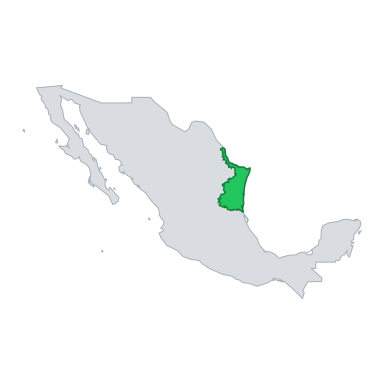 location of Tamaulipas within Mexico
{"feature_id": "MEX-2716", "entity_name": "Tamaulipas", "entity_type": "State", "adm_level": 1, "iso_a3": "MEX", "parent_name": "Mexico", "parent_adm1": "", "projection": "mercator", "projection_center": [-98.976, 24.945], "detail": "fine", "context": "in_parent", "style": "filled", "palette": "green", "viewbox_px": 384, "rotation_deg": 0, "n_neighbors": 0, "source": "natural_earth", "source_scale": "10m", "svg_char_len": 8865}
<svg xmlns="http://www.w3.org/2000/svg" viewBox="0 0 384 384"><path d="M36.6,87.8L62.3,85.5L61.1,88.1L101.6,103.0L131.8,102.9L131.9,97.3L150.6,97.4L153.9,101.4L167.0,112.2L170.2,121.2L172.6,124.7L184.8,131.7L188.7,129.1L191.6,122.5L195.3,121.0L204.2,122.2L211.5,129.5L216.4,139.9L224.9,149.3L225.4,155.2L229.1,162.5L247.6,169.4L250.1,168.3L244.5,186.8L242.6,208.7L243.5,213.4L248.3,219.6L247.2,223.0L247.5,219.6L243.6,214.3L244.8,219.2L249.6,229.3L257.4,239.0L259.2,244.9L264.7,251.0L263.2,250.9L266.3,252.3L265.3,251.4L271.0,252.2L275.1,254.3L278.8,258.2L288.4,255.3L295.6,254.8L300.3,252.5L305.3,252.0L306.3,252.9L305.9,254.1L310.0,255.0L312.8,253.1L312.0,250.0L310.7,250.7L311.0,250.1L318.5,244.8L319.0,240.6L321.1,238.1L321.2,231.2L322.6,226.0L328.3,223.0L338.4,221.4L342.8,219.6L347.7,219.2L355.8,221.0L356.4,219.8L354.3,219.8L357.1,219.0L360.3,221.3L360.9,224.4L359.2,228.5L353.9,234.9L353.7,239.1L351.1,241.6L351.5,242.6L353.9,242.2L351.4,244.8L351.4,245.9L353.1,245.6L349.8,256.1L349.0,257.0L347.3,254.7L347.0,250.7L344.6,254.8L342.2,255.1L339.1,260.5L335.6,260.4L335.3,262.2L315.8,262.2L315.8,268.5L311.3,268.4L321.9,278.1L321.6,281.6L307.8,281.7L302.8,290.5L304.2,292.7L302.5,298.5L292.6,288.6L284.6,281.8L279.7,279.3L279.1,279.9L283.6,282.2L276.6,280.2L277.1,278.6L275.2,279.2L274.0,277.8L272.8,279.3L275.1,280.1L271.5,280.5L268.0,282.7L256.8,286.3L249.6,283.4L243.6,282.8L239.5,280.1L235.4,279.0L232.8,276.5L222.9,274.4L210.5,269.1L202.5,264.0L199.1,260.5L190.7,259.4L182.8,256.4L177.8,250.8L166.8,245.3L161.0,237.8L159.0,233.1L163.4,230.9L162.7,228.9L160.7,228.3L163.6,224.7L163.9,220.5L161.6,219.0L159.2,214.8L159.3,210.8L157.7,207.4L151.2,200.8L145.5,192.8L136.6,185.9L139.2,187.2L139.3,185.7L134.6,184.2L131.1,178.7L133.6,178.9L126.7,175.1L125.7,173.3L123.1,174.0L122.7,173.2L124.7,171.0L121.3,172.7L119.3,171.1L118.9,167.4L121.3,164.2L122.2,164.8L120.5,161.5L118.3,159.4L115.4,159.5L113.4,154.9L109.8,154.0L107.7,152.0L106.2,148.0L107.1,145.5L100.8,144.3L89.7,131.5L89.0,128.4L87.4,127.4L80.1,111.4L79.5,106.4L80.2,104.8L74.1,102.7L72.6,100.1L70.6,99.2L68.4,100.7L60.1,95.8L61.6,98.9L60.6,105.1L62.5,110.0L64.2,119.2L72.7,127.2L75.4,132.6L76.6,132.4L77.3,134.0L78.5,134.2L79.7,137.7L82.1,138.7L83.6,146.0L87.9,149.6L89.4,153.7L91.4,154.9L92.9,159.7L94.6,160.9L93.6,157.3L96.0,159.4L99.0,170.3L101.7,173.4L105.4,181.2L104.9,184.5L105.7,187.4L108.8,190.2L110.0,187.4L118.9,197.5L118.1,201.2L114.7,204.0L112.7,204.3L108.9,196.0L94.8,184.9L93.5,185.0L90.6,181.6L90.0,179.2L90.8,173.9L89.5,168.9L87.4,165.3L80.5,160.9L79.1,156.5L77.8,158.4L74.3,159.2L71.7,156.3L65.3,153.3L64.3,150.7L59.4,147.0L59.0,145.8L63.9,146.5L66.8,145.4L66.8,146.6L69.3,147.8L68.3,144.8L67.2,144.6L69.5,138.7L60.0,127.4L52.2,122.4L50.7,119.9L50.6,115.7L48.7,114.3L48.0,109.5L45.5,107.4L45.1,104.5L41.6,100.0L41.0,97.8L42.0,96.4L39.6,94.5L36.6,87.8ZM89.2,131.6L88.4,134.5L85.9,133.6L86.9,129.2L88.4,128.8L89.2,131.6ZM79.1,131.1L75.4,127.9L74.4,124.7L76.3,125.8L76.7,127.6L78.6,128.0L79.1,131.1ZM359.1,234.0L358.2,233.1L358.7,231.9L361.0,230.9L359.1,234.0ZM90.8,185.0L88.2,182.1L89.7,176.3L89.3,181.5L90.8,185.0ZM57.5,143.0L55.6,142.6L56.9,139.4L57.8,141.8L57.5,143.0ZM24.7,132.4L23.0,130.3L23.4,129.4L24.0,129.5L24.7,132.4ZM92.9,185.1L94.5,187.4L91.3,185.2L92.9,185.1ZM150.1,219.1L149.8,220.0L149.0,219.7L148.7,218.1L150.1,219.1ZM106.4,179.2L107.0,180.9L105.3,178.7L106.4,179.2ZM100.1,167.4L101.1,168.1L99.7,169.8L100.1,167.4ZM103.0,251.7L102.4,252.0L101.4,251.3L102.2,250.4L103.0,251.7ZM308.7,252.1L307.0,252.5L310.0,251.5L308.7,252.1ZM115.0,189.3L114.1,189.1L113.9,187.4L115.0,189.3Z" fill="#d9dde1" stroke="#a8b0b8" stroke-width="1"/><path d="M222.7,147.8L222.8,148.0L223.2,148.0L223.4,148.3L223.5,148.3L223.7,148.2L223.8,148.1L224.0,148.2L224.1,148.4L224.1,148.5L224.5,148.6L224.8,148.8L224.8,149.0L224.8,149.9L225.0,150.0L225.2,150.3L225.2,150.8L225.1,151.2L225.0,151.4L224.9,151.8L224.8,152.0L224.7,152.2L225.1,152.3L225.1,152.5L225.3,152.6L225.4,152.8L225.5,153.0L225.6,153.4L225.6,153.6L225.4,154.2L225.4,154.4L225.5,154.6L225.5,154.8L225.3,155.2L225.6,155.6L226.0,155.7L226.1,155.8L226.1,156.0L226.1,156.4L226.7,156.8L227.6,158.0L227.9,159.1L228.3,160.3L228.4,161.1L228.5,161.4L228.8,161.5L229.0,161.6L229.3,162.1L229.1,162.7L229.1,162.8L229.3,163.0L229.5,163.0L230.0,163.0L230.4,163.1L230.7,163.1L230.8,163.3L231.0,163.2L231.4,163.5L231.6,163.4L231.7,163.5L231.9,163.5L232.0,163.4L232.1,163.5L232.3,163.4L232.6,163.6L233.0,163.9L233.1,164.0L233.3,164.2L233.4,164.3L233.6,164.4L233.4,164.5L233.6,164.6L233.8,164.9L234.0,164.9L234.1,165.0L234.7,164.7L235.0,164.9L235.4,165.0L235.7,165.1L235.9,165.4L236.1,165.1L236.4,165.2L236.7,165.4L237.0,165.5L236.9,165.8L237.0,165.9L237.3,165.9L237.7,166.5L238.6,166.9L239.0,167.1L239.3,167.1L239.8,166.9L240.0,167.0L240.1,167.3L240.5,167.3L240.8,167.1L241.6,167.2L242.2,167.1L243.1,167.1L243.3,167.1L243.3,167.3L244.4,167.4L244.6,167.5L244.8,167.6L245.0,167.7L245.3,168.2L245.6,168.4L246.1,168.9L246.4,169.1L246.8,169.1L247.0,169.4L247.1,169.6L247.3,169.6L247.4,169.4L247.5,169.4L247.5,169.5L247.9,169.6L247.9,169.4L247.8,168.9L248.1,168.6L248.3,168.8L248.5,168.7L248.8,168.3L249.4,168.3L250.1,168.2L249.8,169.9L249.9,170.3L249.9,170.6L249.9,171.1L249.6,171.5L249.5,172.0L248.8,173.8L248.2,175.1L246.7,177.6L244.7,185.4L244.0,191.3L243.9,193.7L243.8,193.9L243.6,194.0L242.8,193.9L242.8,194.0L243.4,194.0L243.5,194.1L243.6,194.4L243.5,195.5L243.6,195.2L243.7,194.4L243.8,194.0L243.9,194.5L243.7,196.8L243.5,197.9L243.4,200.0L243.7,203.4L243.6,204.8L243.6,203.9L243.5,204.1L243.1,205.3L242.7,205.8L242.7,206.1L242.3,206.1L242.5,206.3L242.5,206.5L242.1,207.4L242.1,207.6L242.2,207.8L242.3,207.8L242.5,207.8L242.5,207.7L242.5,207.2L242.6,206.9L242.8,207.2L242.8,207.5L242.5,208.4L242.9,209.6L242.8,210.0L243.0,210.7L243.3,211.5L242.9,211.7L242.7,211.8L242.6,212.0L242.4,212.1L242.1,211.7L241.9,211.5L241.9,211.4L242.1,211.1L241.9,210.9L241.3,210.6L240.9,210.5L240.4,210.4L239.9,210.3L239.4,209.9L239.2,209.7L239.0,209.2L238.8,209.1L238.7,209.1L238.3,209.3L238.2,209.3L238.0,209.2L237.8,209.2L237.8,209.4L237.8,209.7L237.8,209.9L237.6,210.0L237.2,209.9L237.1,210.0L236.9,209.7L236.6,209.9L236.2,209.6L235.5,209.6L234.4,209.8L234.1,209.7L233.9,209.5L233.7,209.8L233.4,209.9L232.8,209.9L232.6,210.0L232.3,210.4L232.1,210.5L230.9,210.3L230.6,210.2L229.8,209.9L229.2,209.8L228.1,209.6L227.8,209.5L227.6,209.3L227.4,209.1L226.9,207.9L226.5,207.3L226.2,206.7L226.0,207.1L225.8,207.2L225.6,207.3L225.5,207.2L224.9,206.5L224.8,206.4L224.6,206.2L224.4,206.2L224.6,206.9L224.6,207.1L224.6,207.4L224.5,207.5L224.3,207.4L223.3,207.1L219.6,205.6L219.5,205.1L219.2,204.6L219.2,204.4L219.3,204.3L219.6,204.2L220.1,204.0L220.3,203.8L220.5,203.5L220.6,203.2L220.5,202.8L220.3,202.5L219.7,202.0L219.6,201.8L219.5,201.1L219.3,201.1L219.1,201.2L218.6,201.7L218.7,201.3L218.9,200.6L219.1,199.6L219.0,199.4L218.7,199.2L218.2,198.9L218.8,198.4L219.1,198.2L219.5,198.3L220.0,198.5L220.6,198.7L220.1,196.9L220.2,196.7L220.3,196.4L220.7,195.5L221.1,194.6L221.3,194.4L221.5,194.3L222.3,194.3L222.9,194.2L223.6,194.2L223.9,194.1L224.0,193.9L224.9,192.7L225.0,192.6L225.3,192.7L225.5,192.6L225.3,191.9L225.2,191.7L224.6,191.3L223.9,190.6L223.7,190.3L223.7,189.8L223.7,189.2L223.7,188.8L224.1,187.4L224.1,187.2L223.8,185.4L222.7,185.9L222.5,185.3L222.4,185.0L222.4,184.7L223.1,184.0L223.3,183.9L224.0,183.7L224.2,183.8L224.3,183.9L224.6,183.6L224.9,183.6L225.0,183.4L225.0,183.0L225.0,182.9L225.1,182.7L225.4,182.7L225.5,182.6L225.6,182.4L225.8,182.3L226.4,182.2L226.7,182.1L226.8,182.1L227.0,181.8L227.1,181.7L227.7,182.0L228.5,182.3L228.4,181.9L228.2,181.4L228.2,181.1L228.3,180.9L228.7,180.4L228.7,180.2L228.3,179.7L228.2,179.6L228.4,179.5L228.6,179.5L228.6,179.1L229.1,179.1L229.3,178.8L229.5,178.7L229.8,178.3L230.2,178.7L230.5,178.8L231.3,178.7L231.5,178.7L235.7,175.1L236.0,174.8L236.2,174.7L236.2,174.2L235.9,174.1L235.2,174.1L234.9,173.7L235.0,173.2L235.0,172.3L235.0,169.9L235.0,168.8L235.0,168.2L234.9,167.9L233.1,167.4L232.6,167.2L232.3,167.1L232.1,167.1L231.9,167.3L231.4,168.2L230.9,167.6L230.0,166.7L229.9,166.6L229.6,166.7L229.4,166.9L229.2,166.9L228.8,167.2L228.6,166.8L228.6,166.2L228.5,165.4L228.5,164.9L228.4,164.5L228.3,164.4L228.2,164.4L227.8,164.4L227.7,164.4L227.0,163.6L226.7,163.1L226.3,163.4L226.1,163.5L225.9,163.3L225.8,163.1L225.7,162.9L225.7,162.7L225.7,162.3L225.8,162.2L226.1,161.7L226.2,161.4L226.2,161.1L226.1,160.7L225.8,160.4L225.5,160.2L224.8,159.9L224.3,159.7L224.2,159.7L223.3,159.7L223.6,159.3L223.7,159.1L223.8,158.5L223.9,158.3L224.2,157.9L224.0,157.6L223.6,157.4L223.1,157.2L222.9,157.1L222.4,156.7L222.5,156.0L223.0,154.3L223.0,154.1L223.0,153.9L222.7,153.7L222.4,151.3L222.2,150.5L221.9,150.1L220.6,149.9L220.5,149.5L220.5,149.2L221.0,148.7L221.6,148.4L222.7,147.8ZM242.9,206.3L243.1,205.8L243.2,205.7L243.2,205.9L243.1,206.3L242.9,206.6L242.6,206.7L242.9,206.3Z" fill="#22c55e" stroke="#15803d" stroke-width="1.5"/></svg>